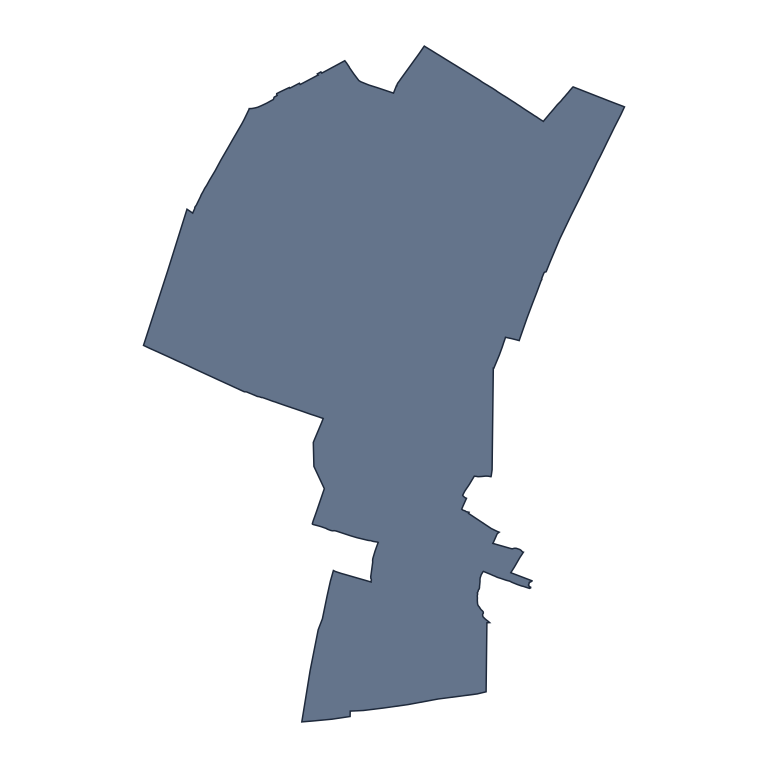 Poiana Mare, Dolj, Romania (Equal Earth projection)
{"feature_id": "2599482B19436472970368", "entity_name": "Poiana Mare", "entity_type": "district", "adm_level": 2, "iso_a3": "ROU", "parent_name": "Romania", "parent_adm1": "Dolj", "projection": "equal_earth", "projection_center": [23.107, 43.895], "detail": "fine", "context": "isolated", "style": "filled", "palette": "slate", "viewbox_px": 768, "rotation_deg": 0, "n_neighbors": 0, "source": "geoboundaries", "source_scale": "gbopen_adm2", "svg_char_len": 5950}
<svg xmlns="http://www.w3.org/2000/svg" viewBox="0 0 768 768"><path d="M301.8,721.9L312.7,721.0L331.9,719.2L350.1,716.5L350.2,711.1L363.3,710.5L383.6,708.0L407.9,704.6L438.1,699.0L476.6,694.0L476.9,694.0L486.1,691.8L486.9,622.8L489.6,622.6L488.4,621.5L486.8,620.3L485.1,618.9L483.9,617.7L482.9,616.6L482.7,615.7L482.7,615.1L482.6,614.7L482.7,614.1L482.8,613.9L483.1,613.6L483.2,613.4L483.3,613.2L483.3,612.9L483.3,612.4L483.3,612.2L483.2,612.0L483.1,611.7L482.6,611.1L482.0,610.5L481.4,610.0L480.9,609.4L480.6,609.0L480.3,608.6L479.9,607.9L479.4,607.1L478.8,606.4L478.4,605.9L478.0,605.2L477.6,604.1L477.4,601.6L477.3,599.7L477.4,599.0L477.4,598.4L477.4,597.8L477.4,597.3L477.3,596.7L477.3,595.6L477.4,594.9L477.6,594.3L477.7,594.0L477.6,593.6L477.4,593.3L477.3,593.0L477.3,592.8L477.4,592.6L477.5,592.4L477.7,592.1L477.9,591.9L478.0,591.6L478.1,591.3L478.2,590.8L478.3,590.3L478.4,590.2L478.5,589.8L479.0,589.3L479.3,588.5L479.5,587.8L479.5,586.7L479.8,583.8L479.9,582.7L480.0,581.9L480.0,581.2L480.0,580.3L480.0,579.9L480.0,579.2L480.1,578.7L480.2,577.7L480.6,576.7L481.2,574.8L482.9,571.9L483.4,571.4L490.0,574.1L491.8,574.9L493.3,575.6L494.3,575.9L495.3,576.4L497.0,577.2L497.8,577.5L499.1,577.9L500.4,578.3L506.3,580.3L508.6,580.9L509.6,581.1L511.9,582.3L517.3,584.5L521.6,586.0L523.4,586.4L527.0,587.6L529.6,588.4L530.7,587.8L530.6,587.1L529.6,586.9L529.3,586.2L528.8,585.9L528.6,585.7L528.7,585.3L528.6,585.1L528.5,584.9L528.6,584.7L528.8,584.6L528.8,584.3L529.1,583.5L529.2,582.9L529.2,582.5L529.4,582.2L529.8,582.1L530.7,582.0L531.1,581.6L531.4,581.2L531.5,581.0L532.0,581.1L532.4,581.0L532.6,581.0L510.8,572.7L514.3,567.2L519.9,557.5L523.4,552.2L523.0,552.1L521.9,551.4L521.4,550.6L520.0,549.6L519.8,549.5L518.4,549.0L518.0,548.9L517.5,548.7L516.9,548.5L516.3,548.3L515.6,548.3L515.2,548.2L514.1,548.3L513.4,548.5L512.5,548.8L512.0,548.7L511.4,548.7L502.7,546.2L496.0,544.3L494.7,543.9L492.8,543.4L492.9,543.2L493.5,542.2L494.1,540.8L494.6,539.7L496.1,536.3L496.6,535.1L497.2,533.8L498.0,533.1L499.2,532.2L497.2,531.4L494.1,529.9L492.5,529.1L491.4,528.6L468.5,513.4L469.1,512.3L466.0,511.6L465.3,511.0L464.3,510.6L463.2,510.3L461.7,509.2L462.9,506.3L466.5,498.3L464.9,497.6L464.7,497.4L464.1,496.9L462.7,495.5L462.8,495.0L464.6,491.5L466.1,489.2L469.3,484.5L473.9,476.8L474.1,476.6L474.3,476.2L476.5,476.4L478.0,476.7L480.0,476.6L481.8,476.5L485.5,476.1L486.7,476.1L488.3,476.2L490.9,476.7L491.0,476.7L491.2,476.0L492.1,469.8L493.3,368.2L493.8,368.3L499.3,355.1L502.2,347.2L503.7,342.6L504.7,339.8L505.5,337.3L511.5,338.6L516.3,339.8L519.2,340.6L519.6,339.3L526.1,320.7L527.0,318.1L532.4,303.7L536.7,292.6L541.1,280.7L541.3,280.5L541.3,280.4L541.4,280.2L541.5,280.1L541.7,279.7L541.9,279.2L541.9,278.9L541.7,278.6L541.9,278.0L543.6,273.8L543.7,273.5L543.9,273.1L544.3,272.4L544.8,272.1L545.6,271.9L545.9,271.9L546.2,271.6L550.2,261.7L559.9,238.7L565.8,226.4L570.9,215.7L579.2,199.1L584.6,188.1L587.2,182.9L593.2,170.5L596.9,162.6L599.9,157.0L604.2,148.2L606.8,142.8L611.4,133.5L614.2,127.7L618.7,118.9L620.8,114.8L623.5,109.0L624.5,106.9L623.1,106.3L616.2,103.7L607.9,100.5L602.1,98.2L599.7,97.3L594.1,95.1L590.8,93.8L582.1,90.4L580.9,89.9L573.1,86.9L572.9,87.0L572.6,87.3L571.4,88.7L570.1,90.2L568.1,92.7L566.8,94.1L565.0,96.3L563.0,98.5L560.9,101.1L559.6,102.4L557.4,104.6L555.0,107.5L553.1,109.8L552.3,110.7L550.7,112.6L549.5,113.9L549.0,114.6L546.8,117.2L545.6,118.6L544.1,120.4L543.4,121.4L541.4,120.2L538.5,118.3L536.7,117.0L534.0,115.4L532.6,114.4L525.6,109.9L522.3,107.7L520.0,106.1L517.3,104.4L515.0,102.8L512.6,101.3L509.8,99.5L506.5,97.3L506.0,97.1L505.2,96.5L503.1,95.3L500.3,93.5L497.2,91.5L496.1,90.6L492.1,88.0L489.2,86.3L487.5,85.2L485.7,84.2L483.4,82.8L482.7,82.4L479.3,80.0L446.0,59.5L427.2,47.9L425.7,47.0L424.3,46.1L423.7,46.9L419.4,53.2L400.5,79.3L399.5,80.8L398.5,82.1L397.7,83.2L397.1,84.4L396.7,85.9L396.4,85.8L393.5,93.1L377.4,87.7L368.8,85.0L360.9,81.8L358.8,80.5L353.8,73.9L349.5,67.7L349.3,67.1L346.5,62.9L345.7,61.9L345.0,61.0L344.8,60.7L321.8,73.1L320.9,71.9L317.3,73.9L318.2,75.1L317.2,75.5L300.2,84.5L299.4,83.2L289.8,88.2L289.4,87.5L287.8,88.2L280.0,91.9L276.7,93.6L276.6,94.2L277.2,95.4L275.2,96.6L274.2,97.1L274.0,97.5L273.6,98.9L273.2,99.6L271.1,100.7L266.6,103.2L261.3,105.7L257.8,107.2L255.2,107.9L251.9,108.5L249.2,108.6L249.2,108.9L248.9,109.6L244.1,119.5L242.0,123.5L232.6,139.7L228.1,147.6L220.8,160.2L215.1,170.8L209.6,180.0L206.7,185.3L204.9,188.0L204.5,188.7L203.2,191.3L201.2,194.8L200.5,196.6L198.4,200.9L196.3,205.2L194.9,207.1L194.8,207.4L194.8,208.1L194.6,208.8L194.4,209.3L194.2,209.7L193.1,212.1L192.7,213.1L187.0,209.2L167.7,270.8L143.5,345.4L149.8,348.4L168.0,356.6L177.2,360.9L181.5,362.8L200.2,371.5L209.1,375.6L219.5,380.4L243.9,391.6L244.5,391.8L245.5,391.8L246.5,391.9L249.9,393.3L255.7,395.7L256.7,396.2L258.0,396.6L259.2,396.7L260.6,397.2L261.8,397.6L262.4,397.5L268.6,399.7L270.4,400.4L271.5,400.8L273.5,401.5L275.3,402.0L276.6,402.5L277.7,402.9L284.3,405.2L289.0,406.8L290.3,407.2L291.9,407.8L294.4,408.6L302.8,411.5L310.7,414.3L315.1,415.7L323.2,418.5L321.6,422.6L314.7,439.0L313.3,442.4L313.9,466.4L324.2,488.4L324.3,488.7L324.2,489.1L324.0,489.6L317.1,509.8L315.6,514.1L313.2,520.8L312.3,523.8L312.4,524.0L312.5,524.2L313.0,524.4L313.5,524.6L318.1,525.8L321.2,526.7L326.6,528.6L326.8,528.9L327.2,529.1L327.7,529.3L330.6,530.4L331.9,530.7L332.4,530.8L332.9,530.8L333.6,530.7L334.7,530.7L335.6,530.9L336.4,531.1L350.3,535.7L357.0,537.7L368.2,540.4L369.9,540.6L370.7,540.6L371.5,540.9L372.4,541.2L373.6,541.5L377.0,542.0L378.2,542.4L376.6,546.7L375.0,551.2L372.9,558.3L372.7,559.4L372.6,560.4L372.7,562.2L371.2,573.3L370.7,576.9L370.8,577.1L370.8,577.4L370.8,577.8L370.8,578.1L370.8,578.3L371.0,578.5L371.1,578.8L371.2,579.1L371.3,579.4L371.4,579.9L371.3,580.4L371.1,580.9L371.1,582.0L345.1,574.5L341.5,573.5L335.4,571.5L333.4,570.5L330.4,581.1L327.1,595.9L322.4,618.8L318.2,629.7L310.1,670.7L305.3,700.4L301.8,721.9Z" fill="#64748b" stroke="#1e293b" stroke-width="1.5"/></svg>